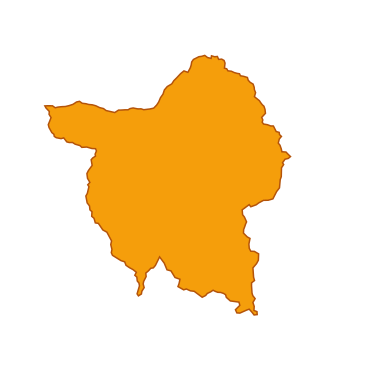 the district of Dilermando de Aguiar, Rio Grande do Sul, Brazil, rotated 66°
{"feature_id": "56859067B57866316427698", "entity_name": "Dilermando de Aguiar", "entity_type": "district", "adm_level": 2, "iso_a3": "BRA", "parent_name": "Brazil", "parent_adm1": "Rio Grande do Sul", "projection": "mercator", "projection_center": [-54.164, -29.81], "detail": "fine", "context": "isolated", "style": "filled", "palette": "amber", "viewbox_px": 384, "rotation_deg": 66, "n_neighbors": 0, "source": "geoboundaries", "source_scale": "gbopen_adm2", "svg_char_len": 3135}
<svg xmlns="http://www.w3.org/2000/svg" viewBox="0 0 384 384"><g transform="rotate(66 192 192)"><path d="M53.5,291.4L55.9,291.2L60.4,289.6L62.9,291.0L66.7,290.5L69.2,293.0L72.0,295.9L75.0,296.4L80.7,295.9L83.1,294.7L85.2,295.2L87.2,293.9L90.0,289.9L90.4,287.2L95.3,286.0L96.9,284.0L98.2,281.0L100.8,279.3L104.0,275.5L106.4,274.5L108.1,269.9L111.6,265.7L113.2,262.5L115.6,262.6L118.0,265.1L120.0,265.6L120.5,268.8L121.5,271.0L127.1,272.4L130.2,277.8L132.4,280.5L137.0,281.9L141.7,281.4L143.0,284.3L145.2,284.0L150.7,288.2L152.5,290.6L159.3,292.2L163.0,291.3L166.8,292.5L169.3,291.4L173.4,293.5L176.2,292.2L180.9,292.9L182.6,290.3L190.4,288.9L194.1,286.1L204.0,285.4L207.0,287.6L211.9,288.5L214.6,290.4L217.5,290.4L225.8,284.8L228.4,281.9L232.2,282.1L235.7,279.9L239.0,277.4L242.7,275.5L244.8,278.1L247.3,277.0L251.0,278.2L253.7,277.5L256.4,278.2L262.7,283.6L265.1,283.2L264.6,279.7L262.3,278.2L259.9,274.6L256.1,274.0L254.0,272.5L250.6,268.3L247.3,267.2L246.3,263.8L244.9,260.7L245.6,258.2L244.2,255.3L238.1,248.0L245.7,246.3L252.9,246.5L255.5,243.3L263.2,242.3L266.8,238.5L270.3,241.0L272.7,243.3L278.0,239.4L278.3,236.6L281.6,233.7L283.6,230.4L292.3,225.5L292.1,221.6L290.9,219.3L290.8,215.5L290.3,212.7L292.2,211.2L294.1,209.3L295.4,206.7L297.5,204.4L299.5,203.1L302.2,203.5L307.1,201.3L311.7,193.9L315.0,194.4L317.2,200.2L320.7,200.2L322.1,197.5L322.1,190.1L322.3,187.4L326.3,186.1L329.6,185.3L330.5,182.3L327.7,181.3L325.4,183.6L321.8,181.7L317.7,181.3L315.1,177.7L311.4,178.6L308.8,178.3L301.7,175.7L299.2,174.5L298.3,170.9L294.9,170.4L286.1,167.2L283.7,162.2L281.3,159.1L275.6,156.3L271.6,159.2L270.0,162.4L266.7,162.6L262.7,161.2L258.0,157.9L255.5,159.8L250.5,161.7L247.3,160.1L245.2,158.0L243.1,156.1L241.5,154.3L236.2,154.3L233.3,155.0L228.7,153.4L226.8,144.9L229.4,144.3L229.8,138.5L229.1,135.5L228.7,130.1L230.5,125.8L231.2,120.9L226.0,114.5L223.8,110.4L216.6,106.4L214.3,104.2L206.3,100.4L204.2,97.1L202.1,97.4L199.9,93.7L200.5,90.4L199.7,87.6L196.5,88.9L193.7,89.9L191.8,93.5L188.8,92.9L185.0,92.6L182.4,93.3L179.1,90.7L177.6,87.7L175.1,88.7L173.0,88.1L171.0,90.5L164.8,90.8L163.7,93.2L161.2,95.7L159.0,99.0L156.8,99.5L155.0,98.0L152.2,98.0L150.0,92.9L146.2,91.7L142.9,91.4L140.9,92.3L138.4,92.9L136.0,93.3L130.3,96.2L127.1,93.5L124.0,93.4L121.6,92.6L118.3,92.3L115.4,94.3L112.7,95.2L109.9,94.8L107.4,97.7L105.5,100.5L103.3,100.5L102.0,102.5L100.1,104.8L97.7,106.9L95.9,109.9L93.5,110.2L92.1,112.0L87.7,109.4L84.9,109.2L82.7,110.8L81.7,113.7L78.5,113.7L77.7,116.2L75.5,118.8L77.7,120.2L75.5,123.1L72.4,124.8L72.0,127.9L71.2,130.7L71.5,136.8L73.1,139.4L75.8,141.2L77.9,143.1L81.0,147.1L78.1,150.1L79.2,154.2L81.5,159.6L82.9,163.3L85.0,166.5L85.6,171.7L87.5,175.7L90.8,178.7L93.0,182.4L96.2,185.8L98.2,188.9L99.8,192.9L99.0,196.8L97.2,202.6L95.3,204.7L94.1,207.6L91.3,211.6L90.6,214.6L90.9,217.0L89.7,219.7L88.4,223.2L87.3,225.8L88.0,230.2L86.0,232.9L82.6,237.4L79.8,238.9L77.3,242.1L74.1,244.8L71.8,247.6L70.0,250.8L68.2,253.0L66.3,256.2L63.4,257.9L62.8,260.9L63.5,265.0L63.1,269.1L62.4,272.9L61.1,276.2L59.9,279.9L59.4,282.7L56.5,284.4L54.4,289.0L53.5,291.4Z" fill="#f59e0b" stroke="#b45309" stroke-width="1.5"/></g></svg>